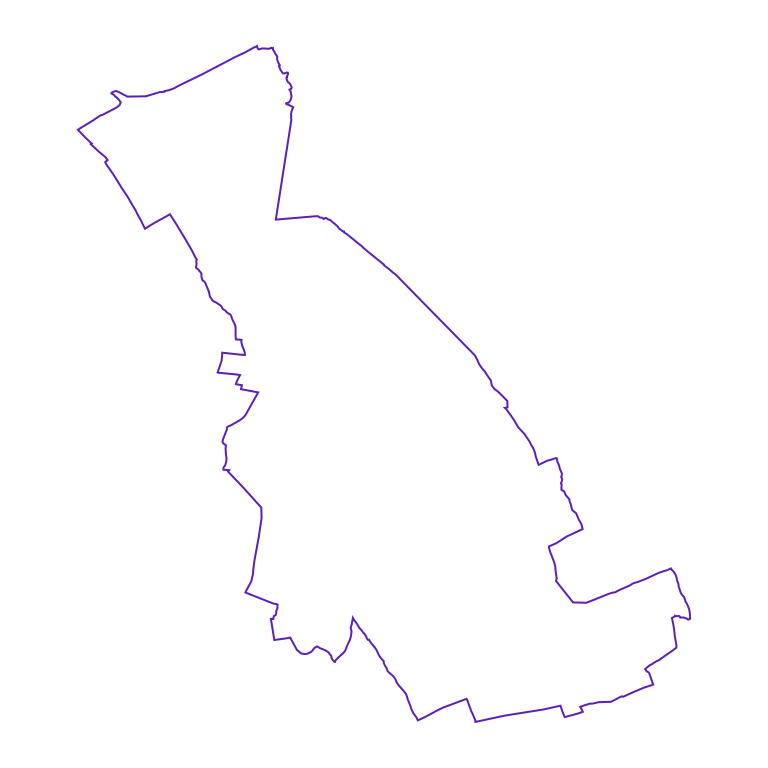 the district of Solesti, Vaslui, Romania
{"feature_id": "2599482B14741458296938", "entity_name": "Solesti", "entity_type": "district", "adm_level": 2, "iso_a3": "ROU", "parent_name": "Romania", "parent_adm1": "Vaslui", "projection": "orthographic", "projection_center": [27.814, 46.772], "detail": "fine", "context": "isolated", "style": "outline", "palette": "violet", "viewbox_px": 768, "rotation_deg": 0, "n_neighbors": 0, "source": "geoboundaries", "source_scale": "gbopen_adm2", "svg_char_len": 6050}
<svg xmlns="http://www.w3.org/2000/svg" viewBox="0 0 768 768"><path d="M564.7,717.1L577.0,713.8L582.8,711.8L582.1,710.1L580.2,706.9L585.5,705.0L589.7,703.7L592.6,703.6L598.6,702.2L611.0,701.8L621.5,696.4L622.7,696.4L623.4,696.8L624.8,696.0L633.1,692.2L643.4,687.9L653.2,684.6L649.3,673.4L648.6,672.4L646.6,671.2L645.1,669.1L649.5,665.4L651.9,664.2L656.0,661.5L659.4,659.9L662.6,657.5L673.5,649.9L676.4,647.6L676.4,645.2L674.7,635.3L674.5,632.8L673.9,628.1L673.1,623.4L671.9,618.0L674.7,616.5L675.0,615.8L675.3,616.0L677.6,616.2L678.9,615.9L680.0,616.8L680.2,617.5L683.6,617.5L686.6,618.5L688.1,619.6L690.1,618.8L689.9,613.8L689.3,609.9L688.3,606.8L686.4,602.8L685.9,602.3L685.5,601.6L685.0,599.6L684.0,597.0L683.3,596.1L682.6,595.5L680.9,593.1L680.6,592.5L680.3,591.1L678.6,586.5L678.5,584.2L677.2,580.6L676.4,577.0L675.6,574.9L673.9,571.9L672.0,570.1L671.4,569.3L670.9,568.4L667.9,569.9L660.8,572.1L657.3,573.5L646.0,578.8L637.5,582.1L635.4,582.6L632.4,583.7L630.9,584.8L628.9,585.9L620.0,589.7L615.0,592.4L613.1,592.5L608.6,593.9L586.3,602.8L573.0,602.4L556.0,580.9L556.7,578.6L555.7,571.5L555.2,566.0L553.7,560.9L550.1,551.8L548.9,547.3L549.0,546.4L556.5,543.1L567.1,536.3L582.6,529.1L581.4,524.2L578.8,519.5L576.2,513.5L575.5,512.7L572.8,510.6L572.0,509.6L570.8,504.4L570.3,502.9L569.7,501.8L569.3,499.2L565.8,495.2L564.1,491.3L561.8,490.1L561.4,489.6L561.6,484.2L561.1,483.7L561.0,483.2L561.7,481.6L562.2,479.4L562.0,478.4L561.2,477.2L561.3,476.3L561.6,476.0L561.8,475.3L561.9,473.5L559.9,469.0L559.4,466.8L558.8,464.8L557.2,461.3L557.1,460.0L556.6,458.1L555.6,458.2L549.4,460.2L547.5,460.6L538.7,464.8L538.3,464.0L535.7,456.3L534.9,452.5L533.4,448.6L531.4,445.2L529.4,441.3L524.3,433.8L518.2,427.3L514.1,420.2L510.6,415.1L505.9,408.7L504.9,407.9L507.5,407.3L507.3,401.0L503.0,396.5L497.6,391.3L494.4,389.0L491.8,385.5L490.8,380.4L487.4,375.6L484.8,371.5L482.1,368.4L479.1,364.1L477.3,359.9L475.0,355.5L395.3,274.2L392.9,272.5L388.9,269.0L384.6,265.7L383.9,265.1L383.9,264.6L367.8,251.6L363.1,247.6L362.1,246.4L358.1,243.3L348.8,235.7L346.0,233.6L344.0,232.3L344.0,231.5L342.9,231.4L340.0,229.2L338.9,228.3L338.0,226.9L337.5,226.3L333.9,223.1L332.1,221.8L330.1,219.8L328.5,219.6L326.2,218.0L325.4,218.0L323.7,219.0L322.3,217.8L319.4,217.4L318.3,216.3L316.0,216.2L275.8,219.6L291.4,119.7L291.1,118.7L291.2,115.7L291.0,114.4L291.5,111.5L293.2,107.1L287.8,104.5L286.5,104.2L286.2,103.3L288.9,102.4L289.8,101.3L290.8,99.4L291.5,96.8L290.8,91.8L289.6,89.7L290.2,89.6L290.6,88.8L291.4,88.6L291.7,87.7L291.5,86.8L290.3,84.3L289.6,83.4L287.8,81.9L286.7,79.5L286.4,77.8L287.1,77.4L286.9,76.9L286.9,76.4L287.8,74.8L288.1,73.2L287.9,72.7L286.8,72.6L285.1,73.2L283.0,73.5L280.5,69.9L278.9,65.9L279.1,65.5L279.8,65.5L279.8,65.1L278.4,62.9L277.3,59.9L277.1,58.7L277.3,56.8L276.4,55.1L275.4,53.8L274.6,52.2L274.4,51.5L273.1,50.0L273.0,48.2L272.6,48.3L271.9,48.2L271.8,47.9L270.7,48.0L269.2,48.8L262.1,48.4L258.9,49.4L258.1,49.0L257.4,47.8L257.0,46.1L253.4,47.8L244.3,52.8L234.8,57.2L202.2,74.3L177.7,86.2L174.3,88.2L169.1,90.2L164.7,91.0L164.6,91.7L159.4,92.2L145.8,96.3L127.4,96.6L118.5,91.9L116.0,91.0L114.4,91.4L112.1,92.5L111.4,93.1L111.4,93.5L113.9,94.8L115.2,96.5L117.0,97.7L119.6,100.6L120.7,102.4L119.6,105.1L116.6,107.5L101.8,115.2L100.7,115.2L92.6,120.7L79.6,128.6L77.9,129.8L85.1,137.3L90.8,142.8L91.8,143.5L90.8,144.2L99.0,151.8L105.4,157.1L107.6,160.1L105.2,162.1L106.2,164.1L113.0,173.9L121.6,187.8L128.0,197.4L132.3,205.0L135.5,210.1L137.1,213.6L140.5,219.6L145.0,228.7L154.2,223.0L165.5,216.8L169.9,214.2L176.9,225.1L186.8,241.6L191.2,249.2L195.6,257.8L196.8,259.6L196.3,261.2L196.5,262.6L196.5,264.7L196.2,266.2L195.9,267.0L196.0,267.6L198.9,270.1L199.6,271.3L200.6,272.2L201.1,273.0L201.5,274.1L201.4,276.7L202.5,280.3L204.3,281.5L205.2,282.7L208.9,291.7L209.4,294.3L209.9,296.4L212.0,299.8L212.9,300.9L215.7,302.3L219.4,304.7L220.7,305.7L221.4,306.5L222.5,308.6L223.3,309.4L225.5,310.7L227.1,312.6L230.4,314.6L231.4,316.5L232.3,319.4L234.4,323.4L235.0,325.3L235.3,325.7L235.6,328.2L235.6,335.2L235.8,338.8L236.0,339.4L241.5,339.8L241.3,341.3L241.4,342.4L242.3,345.9L243.7,349.4L244.8,352.7L244.9,354.9L241.8,354.8L222.2,352.7L222.1,355.5L221.6,360.9L217.6,372.5L218.2,372.7L235.8,374.4L240.1,375.1L237.9,379.0L236.3,382.8L236.0,384.2L241.9,385.2L241.0,389.2L258.2,392.4L246.6,413.1L245.2,415.4L244.0,416.8L242.3,418.4L239.4,420.5L230.9,425.3L228.3,426.3L227.0,427.4L226.9,427.8L226.9,429.4L223.3,438.6L222.5,441.5L222.8,442.5L223.3,443.4L226.0,445.3L225.7,446.9L225.6,448.5L225.9,453.7L226.5,458.1L226.4,460.5L226.0,462.5L225.2,465.4L223.7,467.3L223.5,467.6L223.4,469.7L229.1,470.2L228.0,471.5L243.0,487.3L261.3,507.6L261.6,518.0L258.9,536.3L254.6,559.6L253.7,566.1L252.9,574.2L251.6,580.1L251.0,581.9L246.0,591.1L245.4,592.5L269.8,602.2L274.2,603.8L276.0,603.9L277.6,604.7L277.3,608.5L276.7,610.1L276.3,610.7L276.2,613.1L275.7,615.0L273.8,616.1L273.3,619.0L270.9,618.9L274.3,640.0L285.9,638.4L290.2,637.6L297.0,650.0L301.1,653.4L303.1,653.8L305.1,654.1L306.7,653.9L310.2,652.4L311.8,651.4L313.5,649.1L314.5,647.9L317.1,646.4L320.1,648.2L324.0,649.7L325.8,650.6L328.6,652.4L329.8,654.4L331.0,655.6L331.4,656.2L331.4,657.8L332.8,660.1L334.2,661.7L335.0,661.9L335.5,660.5L336.0,659.8L341.1,654.9L343.6,652.8L345.4,650.3L347.6,644.6L350.2,639.1L351.0,635.5L351.5,631.8L351.2,629.9L350.7,628.3L351.0,626.4L351.8,624.4L352.0,622.2L352.5,620.2L352.9,617.9L354.1,620.1L357.1,624.0L359.3,627.9L361.6,630.3L363.2,632.6L364.5,633.8L366.3,636.7L366.9,638.5L368.0,639.9L369.0,639.7L371.2,643.2L374.8,647.4L376.5,650.0L378.9,655.2L380.9,658.1L383.7,661.2L383.7,662.8L385.0,665.6L386.8,668.6L387.5,670.9L388.3,671.9L392.2,675.2L393.9,677.0L395.5,679.3L396.7,682.6L398.8,685.4L403.6,691.0L406.0,694.0L407.0,696.7L407.6,699.0L410.5,706.2L410.9,708.1L413.2,713.0L416.8,717.9L417.3,719.4L417.9,720.4L425.7,716.7L437.9,710.1L443.6,707.4L466.6,698.8L467.8,701.4L469.1,705.4L470.4,708.6L470.8,710.2L472.9,714.5L474.9,719.4L475.3,720.5L475.5,721.9L504.3,715.7L543.3,709.5L560.5,705.7L562.2,711.0L564.7,717.1Z" fill="none" stroke="#5b21b6" stroke-width="2"/></svg>